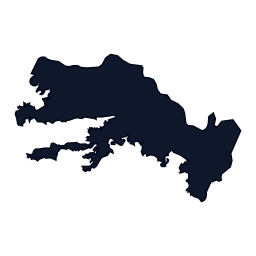 the Province of Mugla
{"feature_id": "TUR-2278", "entity_name": "Mugla", "entity_type": "Province", "adm_level": 1, "iso_a3": "TUR", "parent_name": "Turkey", "parent_adm1": "", "projection": "mercator", "projection_center": [28.126, 36.936], "detail": "fine", "context": "isolated", "style": "filled", "palette": "ink", "viewbox_px": 256, "rotation_deg": 0, "n_neighbors": 0, "source": "natural_earth", "source_scale": "10m", "svg_char_len": 5776}
<svg xmlns="http://www.w3.org/2000/svg" viewBox="0 0 256 256"><path d="M201.5,201.5L199.0,198.1L193.6,196.3L192.1,194.4L190.8,195.2L190.5,193.7L190.8,192.0L188.3,192.0L188.9,191.3L187.9,190.7L186.4,190.5L187.5,188.7L189.5,188.2L189.4,187.5L188.9,187.4L189.5,185.3L188.9,183.3L187.8,181.8L186.4,181.1L186.4,180.4L188.9,178.8L188.6,174.0L188.1,172.1L186.4,172.6L185.3,171.2L180.9,172.9L178.9,172.6L180.6,172.2L180.9,171.1L179.4,167.9L181.4,163.9L182.7,165.0L185.0,162.3L186.4,161.6L185.9,163.6L186.6,164.0L187.7,163.7L188.3,162.8L187.6,160.7L186.4,159.2L180.7,155.1L173.6,152.1L172.6,151.0L172.0,149.4L167.6,153.8L167.6,154.5L168.2,154.5L168.2,155.3L165.1,156.1L164.7,157.1L165.0,158.9L163.8,159.2L165.1,160.9L164.4,161.6L165.7,163.2L166.3,163.2L167.3,161.1L167.5,160.1L166.9,158.5L168.6,160.0L168.0,161.9L165.1,164.7L165.6,165.9L164.6,166.5L161.9,166.4L160.9,165.3L160.9,164.3L161.7,163.5L163.1,163.2L163.1,162.3L159.7,160.4L158.1,160.9L157.7,157.8L154.3,155.5L150.2,154.7L146.9,156.1L146.4,154.0L145.4,153.2L144.2,153.6L143.1,155.3L142.4,154.6L141.3,151.4L142.1,149.9L142.5,147.6L142.2,145.5L141.3,144.4L141.2,143.9L141.9,143.6L141.5,142.7L141.9,142.0L141.3,142.0L140.6,144.4L138.7,141.6L136.0,141.1L134.0,142.3L134.3,145.1L133.4,144.3L130.6,143.6L131.8,142.8L131.8,142.0L128.5,141.7L127.7,140.6L127.4,138.2L128.5,138.1L128.7,137.7L127.4,134.3L127.0,134.3L126.7,135.4L125.9,136.4L120.5,137.6L120.5,138.3L121.8,139.7L124.0,139.6L124.9,140.5L122.2,145.0L120.5,145.1L114.8,142.0L114.3,142.0L114.8,144.4L111.5,144.2L111.1,143.2L111.5,142.2L114.8,141.3L114.8,140.5L111.0,137.9L109.5,138.5L108.3,140.4L107.7,142.3L107.9,144.0L109.2,145.1L108.8,147.6L112.4,150.4L113.0,153.0L110.5,151.7L109.2,152.1L108.6,153.8L107.4,153.0L107.2,153.9L106.6,154.5L107.2,154.7L107.4,155.3L102.6,157.0L100.8,158.4L96.2,166.2L94.1,167.9L91.6,167.1L91.0,168.2L89.8,168.6L90.4,170.2L89.3,170.7L87.7,170.4L87.3,169.4L86.3,171.0L85.2,171.3L83.9,170.6L82.9,169.4L83.5,167.9L82.3,166.4L89.1,166.4L90.9,165.6L94.2,161.6L92.9,160.1L90.4,162.3L90.4,161.6L91.3,160.6L91.6,159.3L91.3,157.9L89.5,156.3L89.1,158.1L88.7,158.6L86.0,157.7L84.2,158.0L83.3,157.6L82.9,156.5L86.6,155.3L86.0,154.5L88.5,154.5L89.8,153.0L93.3,152.7L94.2,152.2L93.9,154.0L95.2,154.2L96.6,153.1L96.7,151.4L95.8,150.8L94.0,150.6L93.5,149.9L93.7,149.1L96.1,146.7L97.9,149.1L97.3,144.7L96.8,143.8L94.7,143.7L93.9,144.2L92.3,146.7L90.3,148.0L89.6,147.9L89.1,146.7L87.8,148.0L82.9,149.9L82.3,149.9L81.8,148.4L78.4,150.6L78.0,149.1L77.3,149.2L75.9,150.6L74.1,149.2L73.4,150.6L72.8,150.6L70.1,148.7L68.3,148.3L66.6,149.1L66.6,148.3L65.5,148.9L61.8,148.3L60.3,148.8L58.4,151.3L57.1,152.2L57.3,154.0L56.0,157.6L55.9,160.1L51.2,157.9L49.6,157.7L45.7,158.1L45.2,156.9L38.9,159.2L37.7,160.9L35.5,159.2L32.5,158.8L31.4,159.2L31.2,157.8L30.5,157.1L29.5,157.0L28.3,157.7L28.2,157.0L27.6,156.9L28.2,156.2L28.2,155.5L27.0,154.5L27.0,153.8L29.6,154.7L31.2,154.7L32.4,154.2L33.2,153.0L33.5,151.2L35.6,149.1L38.7,149.1L45.4,148.1L48.7,148.3L50.4,147.8L51.5,143.6L53.5,143.1L57.7,145.6L59.0,145.1L60.5,145.9L62.9,145.6L64.0,146.0L66.4,143.7L67.6,143.1L75.6,142.8L76.6,142.4L77.2,143.2L80.5,144.3L85.4,144.0L86.9,144.5L88.5,146.0L88.8,144.8L91.1,142.8L90.5,141.5L89.6,140.8L86.6,140.5L87.3,139.7L88.1,140.0L88.2,139.3L86.6,137.3L87.9,136.6L88.6,136.9L91.1,135.7L91.1,135.0L89.2,133.1L87.9,131.0L89.1,131.9L89.8,131.0L88.5,129.4L91.6,129.4L91.6,128.7L89.8,128.7L89.8,127.9L92.0,127.9L93.5,128.7L94.5,128.0L95.4,128.7L97.0,128.1L99.0,129.1L100.4,128.7L101.1,131.0L101.4,128.5L100.4,127.9L100.4,127.1L102.0,127.1L102.9,127.9L105.4,124.0L105.4,123.2L104.2,123.2L105.4,120.9L106.9,122.0L108.4,122.3L109.2,121.6L108.6,120.0L116.2,117.4L116.1,116.7L114.8,115.3L113.9,115.1L101.9,116.9L97.5,116.8L95.8,117.2L96.1,119.3L94.5,118.5L84.8,116.9L81.6,118.5L77.9,117.7L75.6,117.9L68.1,120.4L66.6,120.0L65.9,121.7L64.3,121.2L62.1,121.7L60.3,120.3L57.4,120.3L54.5,121.3L52.7,123.2L48.5,121.1L46.3,121.3L45.9,124.0L42.8,121.9L37.7,121.7L34.6,117.7L33.2,117.8L31.8,119.0L31.3,118.2L31.4,117.7L30.7,117.7L29.5,121.7L29.1,120.8L29.5,120.0L28.9,119.3L29.4,118.7L28.9,117.7L24.5,119.3L24.9,121.3L24.3,122.5L23.2,123.5L21.9,124.0L22.6,125.6L20.7,125.6L20.1,124.7L18.5,125.1L17.6,123.4L16.9,118.9L15.4,113.8L16.3,111.4L18.6,110.7L21.4,108.3L20.0,107.4L18.3,108.3L17.6,106.7L18.3,107.4L19.3,106.1L22.2,107.2L23.9,106.7L24.1,103.9L23.9,102.7L25.5,103.6L25.8,106.0L26.4,106.0L27.5,103.9L28.2,103.6L28.9,104.3L29.5,103.5L29.5,105.5L29.8,106.0L31.4,106.0L33.4,107.2L34.6,106.7L33.9,107.4L35.2,109.8L36.5,110.6L37.9,110.3L44.0,106.5L46.2,106.5L47.1,106.0L47.1,105.1L45.9,105.3L45.2,106.0L44.5,102.3L43.8,100.5L42.7,99.6L42.7,98.8L47.0,97.8L48.2,98.1L47.1,100.4L48.9,99.6L50.3,98.0L48.8,97.5L48.3,96.7L48.4,94.4L50.3,92.5L50.8,89.4L48.8,88.3L48.4,89.4L45.1,89.6L44.2,92.2L43.0,93.8L41.5,94.6L40.2,94.1L41.8,92.7L42.0,91.2L41.0,90.1L38.9,90.1L36.9,92.0L36.4,91.3L37.3,89.1L38.9,87.0L39.4,83.3L38.4,81.4L37.7,81.4L37.3,84.7L35.3,85.8L32.7,85.4L30.7,83.8L30.0,81.2L30.7,78.9L32.4,77.0L34.6,76.0L33.5,74.2L31.4,73.5L38.5,58.9L41.3,57.3L44.4,57.1L47.6,59.3L51.2,60.6L58.5,61.7L65.0,66.1L69.1,66.8L73.3,65.7L77.5,65.7L81.4,67.7L87.8,68.0L98.9,67.2L102.5,64.3L105.8,57.9L110.7,54.5L117.4,55.8L123.1,60.7L129.8,64.4L141.7,66.0L142.8,68.0L142.5,70.4L142.5,73.6L143.4,76.9L145.8,77.8L149.0,77.9L153.3,79.6L156.0,84.3L157.2,89.7L160.3,94.1L167.1,95.1L171.0,100.6L177.7,103.7L183.2,109.1L184.5,113.4L185.8,123.5L188.1,125.7L193.1,126.1L202.3,131.0L205.4,129.4L207.3,127.0L208.3,124.0L208.9,116.6L213.3,113.0L215.4,118.9L213.9,125.5L217.4,127.0L221.8,121.4L232.9,119.9L240.6,130.7L230.7,153.4L231.9,160.5L230.3,166.8L221.6,173.8L220.8,177.0L221.3,180.1L219.2,181.1L216.4,179.9L210.7,182.3L206.2,192.1L206.3,195.0L205.7,198.0L204.0,200.3L201.5,201.5Z" fill="#0f172a" stroke="#020617" stroke-width="1.5"/></svg>